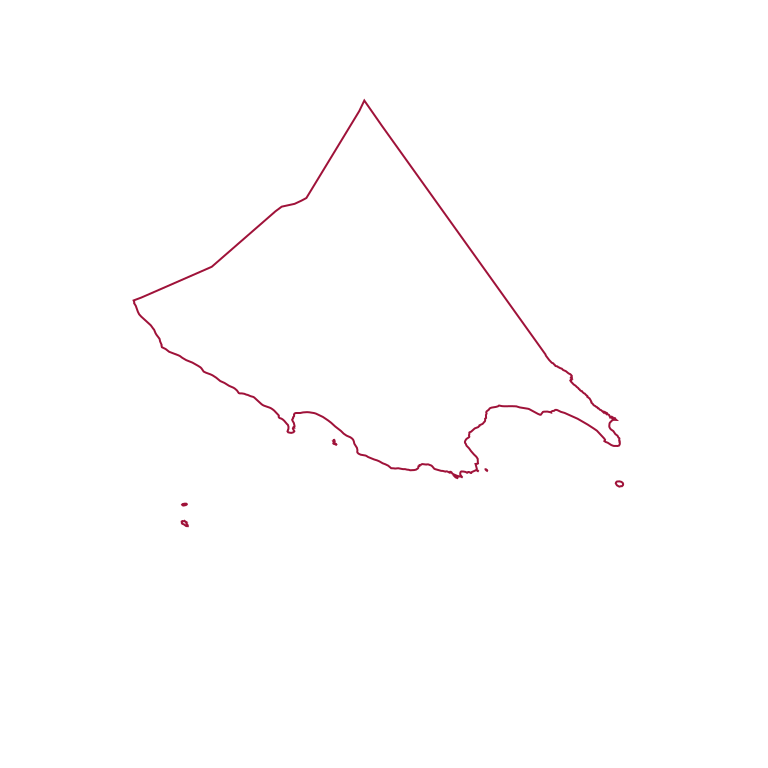 the district of Tjörneshreppur, Norðurland eystra, Iceland, rotated 213°
{"feature_id": "244011B23966539039805", "entity_name": "Tjörneshreppur", "entity_type": "district", "adm_level": 2, "iso_a3": "ISL", "parent_name": "Iceland", "parent_adm1": "Norðurland eystra", "projection": "equal_earth", "projection_center": [-17.235, 66.145], "detail": "fine", "context": "isolated", "style": "outline", "palette": "rose", "viewbox_px": 768, "rotation_deg": 213, "n_neighbors": 0, "source": "geoboundaries", "source_scale": "gbopen_adm2", "svg_char_len": 6138}
<svg xmlns="http://www.w3.org/2000/svg" viewBox="0 0 768 768"><g transform="rotate(213 384 384)"><path d="M639.5,317.7L638.2,316.8L637.8,316.3L637.7,315.8L637.2,315.5L634.8,314.4L629.7,310.5L627.3,309.1L624.3,308.3L611.5,306.2L607.4,304.6L606.5,304.4L603.3,302.2L601.7,301.4L596.8,299.6L595.0,297.8L591.7,295.6L591.6,295.1L590.3,293.9L586.2,294.4L581.7,294.0L572.0,296.1L570.2,296.3L567.5,296.1L562.9,296.3L556.3,297.6L549.6,298.0L546.9,298.0L545.6,297.7L542.0,296.2L539.5,296.5L534.7,297.6L532.5,297.9L528.2,297.9L522.9,297.3L518.4,298.0L512.9,298.1L508.2,298.9L506.5,298.9L503.8,298.5L500.9,297.3L500.0,297.5L498.1,298.7L495.8,299.7L493.7,300.1L492.4,300.6L489.4,301.1L486.5,302.0L485.5,302.0L475.9,300.4L474.4,300.3L472.7,300.5L467.0,301.9L465.5,302.1L463.8,302.1L461.7,301.9L455.4,300.4L454.8,300.0L454.5,299.1L453.8,298.7L453.0,298.6L451.1,299.1L449.5,299.1L447.6,298.8L443.6,297.6L442.4,297.4L440.9,296.2L440.3,295.3L439.6,294.0L439.6,293.4L439.2,292.4L439.2,291.8L438.7,291.5L438.0,291.3L435.9,292.1L434.9,292.7L433.6,294.3L433.5,295.6L435.6,296.6L436.3,297.2L436.3,298.0L435.6,298.4L436.3,298.9L435.9,299.6L436.3,300.2L438.4,302.2L441.1,303.6L441.7,304.3L441.5,305.3L441.7,306.2L442.1,306.5L441.9,308.1L442.9,309.5L442.9,310.6L442.1,311.7L438.4,314.1L436.4,316.1L433.2,318.5L431.2,319.6L426.7,321.6L424.9,322.1L417.3,323.1L411.1,323.0L407.2,322.7L401.8,321.8L394.6,321.2L390.8,320.4L387.3,320.3L383.1,321.0L381.2,320.9L379.6,320.5L378.0,319.4L376.4,317.8L371.9,315.7L370.3,314.1L369.4,312.4L368.8,312.0L367.4,311.7L365.1,312.0L360.6,313.9L359.6,314.1L357.6,314.1L351.3,315.3L348.1,316.2L345.7,316.6L341.9,316.8L339.2,317.4L336.0,317.8L332.1,317.3L329.7,318.7L328.7,319.1L326.2,321.1L322.0,322.8L319.9,324.1L318.1,324.7L316.6,325.5L315.1,325.9L311.9,328.2L310.5,329.6L309.6,331.7L309.6,332.3L310.3,333.7L309.6,334.5L310.1,335.1L310.0,335.4L308.9,336.5L308.5,337.5L308.1,337.8L305.2,339.2L304.6,339.5L304.2,340.0L303.0,340.7L299.8,341.4L298.6,341.2L295.6,340.3L294.6,340.5L288.7,342.3L287.4,343.1L284.7,344.0L284.3,344.6L283.3,345.1L280.5,345.4L280.4,345.5L280.9,345.9L280.9,346.2L280.6,346.5L280.1,346.7L279.3,346.7L278.0,346.1L276.7,346.1L272.7,346.8L270.0,347.7L269.2,348.2L268.0,348.3L268.0,348.5L270.2,349.3L271.0,349.9L271.7,351.3L271.8,352.2L271.5,352.8L269.6,353.9L267.6,354.7L266.0,354.8L265.7,355.1L265.8,355.5L265.5,356.0L264.8,356.5L262.6,356.7L262.4,356.9L262.7,357.5L260.0,361.7L259.8,362.5L260.0,363.5L263.7,366.8L262.1,368.1L261.9,368.6L262.4,369.1L264.7,372.3L267.0,373.3L270.2,373.9L274.4,375.1L277.7,376.4L281.2,377.2L282.9,378.4L284.0,378.8L284.6,379.5L284.9,380.6L285.0,381.8L284.9,382.9L283.7,385.7L283.7,386.2L284.9,387.4L285.1,388.4L286.0,389.8L285.7,390.5L285.0,391.4L283.7,396.2L281.5,399.2L281.4,400.2L281.1,400.8L281.4,401.4L279.7,404.1L279.4,405.1L279.4,406.1L279.1,407.3L279.1,407.9L279.6,409.0L280.3,410.0L279.9,411.1L281.6,413.5L281.9,415.1L282.9,416.0L283.0,417.0L282.1,419.6L282.1,420.9L281.7,421.8L280.8,422.9L277.7,425.7L276.3,427.3L275.8,428.6L273.0,429.7L271.4,430.6L263.9,435.5L260.9,437.3L257.4,438.3L249.7,441.7L248.6,442.0L238.6,442.8L236.4,443.2L235.8,443.6L235.5,447.1L234.7,448.0L231.8,449.9L229.5,450.8L228.4,451.1L228.8,451.5L228.4,452.4L227.9,453.2L226.8,454.1L226.3,455.5L225.5,456.1L224.4,456.5L220.4,457.0L216.8,458.1L202.7,460.3L191.0,460.9L183.6,460.9L180.0,460.8L169.6,458.2L168.2,457.6L168.0,456.9L168.1,456.2L166.6,456.1L164.4,456.6L160.1,456.6L157.8,457.1L154.4,459.2L153.4,460.3L153.4,461.6L154.1,463.1L154.9,463.5L155.1,463.8L155.0,464.2L155.2,464.5L155.9,464.6L156.2,465.0L156.8,466.4L157.2,466.7L158.3,466.8L160.0,467.8L162.7,468.0L166.0,469.4L168.9,469.5L170.0,469.8L171.3,470.5L172.1,471.3L173.2,473.4L173.5,474.5L172.9,477.6L172.0,479.0L169.6,480.4L171.4,480.7L171.6,481.1L171.9,481.1L172.3,480.8L172.4,480.4L173.2,479.9L173.1,479.5L173.3,479.3L173.7,479.4L174.9,480.2L174.7,480.6L175.2,480.6L175.7,480.3L174.8,479.6L175.4,479.4L176.1,479.9L176.5,479.9L176.5,479.4L178.4,480.6L180.5,480.3L180.2,480.6L181.4,481.1L181.7,481.0L181.5,480.4L182.5,480.8L182.8,480.8L182.6,480.4L184.7,480.5L185.6,480.2L184.8,480.0L184.7,479.8L187.7,480.3L188.8,480.0L191.1,480.5L191.6,480.4L191.7,480.2L192.7,480.6L193.9,480.4L194.9,480.6L195.8,480.4L197.2,480.6L198.0,481.0L199.8,481.3L200.1,481.5L200.2,481.9L200.8,482.1L201.3,482.6L203.7,483.8L206.5,484.0L206.6,484.5L207.0,484.7L208.5,484.8L210.4,485.3L211.5,485.1L213.6,485.5L214.1,485.8L214.7,485.5L216.3,485.6L217.1,486.0L217.8,485.9L218.9,486.4L220.7,486.5L222.4,486.9L224.6,486.9L228.7,487.9L229.4,488.3L229.1,488.7L229.7,489.4L229.0,489.8L229.1,490.4L229.0,490.6L230.5,491.2L230.0,491.8L230.2,492.1L231.0,492.5L231.0,493.1L232.0,493.5L232.7,493.5L233.0,493.7L235.0,493.4L238.5,493.8L241.4,493.3L243.2,493.7L245.2,493.2L245.8,493.3L246.9,493.0L248.1,493.2L250.0,492.5L251.4,493.1L252.1,493.0L253.2,493.5L254.9,493.2L258.6,494.1L263.0,495.7L263.8,496.0L264.6,496.7L526.4,599.4L554.9,611.0L553.4,599.4L550.4,497.7L553.1,492.8L557.1,486.4L566.4,477.0L569.1,469.7L592.3,388.5L634.7,324.2L639.5,317.7ZM131.6,431.2L133.5,430.6L135.5,429.1L135.8,427.8L135.5,426.9L133.5,425.9L131.3,426.0L130.6,426.2L129.7,427.3L128.8,427.9L128.5,429.2L128.9,430.3L130.0,431.1L131.6,431.2ZM477.3,157.0L476.7,157.0L475.1,157.3L472.7,157.1L472.3,157.2L472.2,157.4L472.4,157.5L472.2,157.7L471.1,157.9L471.1,158.1L471.7,158.4L471.9,158.7L472.7,159.2L473.3,159.2L474.4,159.9L474.8,160.2L474.6,160.5L476.8,160.5L476.8,160.0L478.4,159.3L478.8,158.5L478.6,158.1L477.3,157.3L477.3,157.0ZM484.7,175.9L486.0,175.1L487.5,173.6L487.6,172.8L486.8,172.6L486.2,172.7L485.6,173.1L484.7,174.3L484.3,174.4L483.8,175.6L484.1,175.9L484.7,175.9ZM394.3,307.2L394.2,306.6L393.7,306.4L392.0,306.9L390.3,307.0L391.6,307.6L394.3,307.2ZM272.8,345.4L274.0,344.9L273.1,344.7L270.5,345.2L271.6,345.5L272.8,345.4ZM395.4,310.0L395.7,309.7L395.6,309.3L394.8,309.0L394.8,308.6L395.2,308.3L394.7,308.1L394.3,308.2L394.0,308.8L394.6,309.2L394.8,309.8L395.4,310.0ZM252.4,367.8L252.3,367.6L251.2,367.3L250.3,367.3L250.3,367.6L250.7,367.9L252.0,368.0L252.4,367.8ZM258.8,362.3L258.8,362.1L258.1,362.0L257.0,362.2L258.4,362.5L258.8,362.3Z" fill="none" stroke="#9f1239" stroke-width="2"/></g></svg>